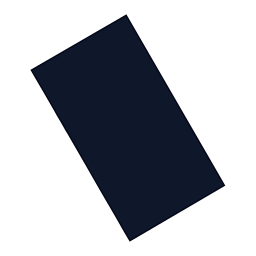 outline of Sedgwick, Colorado, United States of America, rotated 240°
{"feature_id": "52423323B40311504690306", "entity_name": "Sedgwick", "entity_type": "district", "adm_level": 2, "iso_a3": "USA", "parent_name": "United States of America", "parent_adm1": "Colorado", "projection": "mercator", "projection_center": [-102.342, 40.876], "detail": "fine", "context": "isolated", "style": "filled", "palette": "ink", "viewbox_px": 256, "rotation_deg": 240, "n_neighbors": 0, "source": "geoboundaries", "source_scale": "gbopen_adm2", "svg_char_len": 439}
<svg xmlns="http://www.w3.org/2000/svg" viewBox="0 0 256 256"><g transform="rotate(240 128 128)"><path d="M226.5,182.7L226.4,73.3L220.1,73.3L202.4,73.4L180.7,73.4L174.8,73.3L173.8,73.3L167.4,73.4L155.7,73.3L154.3,73.4L148.0,73.4L147.6,73.4L124.2,73.4L119.1,73.4L89.8,73.3L89.4,73.3L83.7,73.3L61.2,73.4L58.1,73.4L55.0,73.4L54.0,73.4L40.1,73.3L29.5,73.4L30.2,182.7L226.5,182.7Z" fill="#0f172a" stroke="#020617" stroke-width="1.5"/></g></svg>